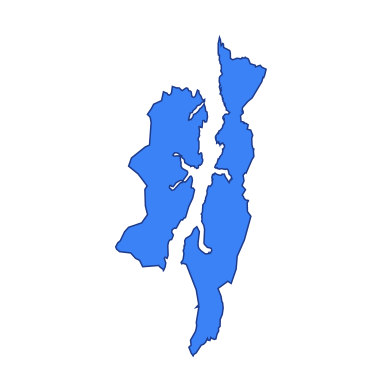 outline of Høyanger nor, Sogn og Fjordane, Norway, rotated 108°
{"feature_id": "86288312B43013877276358", "entity_name": "Høyanger nor", "entity_type": "district", "adm_level": 2, "iso_a3": "NOR", "parent_name": "Norway", "parent_adm1": "Sogn og Fjordane", "projection": "natural_earth1", "projection_center": [5.813, 61.125], "detail": "fine", "context": "isolated", "style": "filled", "palette": "blue", "viewbox_px": 384, "rotation_deg": 108, "n_neighbors": 0, "source": "geoboundaries", "source_scale": "gbopen_adm2", "svg_char_len": 6081}
<svg xmlns="http://www.w3.org/2000/svg" viewBox="0 0 384 384"><g transform="rotate(108 192 192)"><path d="M52.3,159.5L51.8,164.0L50.4,166.3L53.4,170.2L51.9,171.2L52.0,176.2L48.4,179.2L47.7,180.4L48.0,181.3L47.4,183.0L48.1,183.1L48.7,184.5L48.6,185.8L50.1,186.2L50.9,190.6L53.7,194.1L53.0,196.8L47.9,198.5L45.9,199.8L44.8,206.5L41.5,207.9L41.2,208.7L43.8,209.5L38.5,212.0L36.5,213.6L42.9,212.9L51.8,210.0L53.4,209.2L53.1,208.9L53.7,208.0L58.2,206.8L59.2,205.7L60.7,205.2L62.4,203.3L66.6,201.9L67.8,202.2L68.2,201.8L67.8,201.8L68.0,201.4L69.3,200.8L69.9,199.8L71.2,199.7L73.4,201.1L74.7,201.3L78.7,200.2L81.8,198.0L82.1,198.6L83.6,198.5L85.6,197.1L84.6,196.5L86.9,196.4L87.5,196.0L86.6,196.1L86.3,195.6L89.4,195.6L89.2,195.4L90.5,194.6L90.9,193.3L92.4,192.7L93.5,191.3L94.2,191.8L94.7,191.1L96.2,190.5L96.8,189.3L98.3,188.7L98.1,188.1L98.8,187.9L98.4,187.7L100.2,186.9L101.6,185.3L103.4,184.8L103.6,183.2L104.9,180.7L106.9,181.7L107.5,183.9L108.1,184.7L111.1,185.8L113.0,185.1L112.3,185.0L112.9,184.7L112.3,184.1L112.8,183.9L113.0,184.5L115.1,182.8L116.8,182.5L118.5,183.2L121.8,183.0L125.0,184.4L125.4,185.1L127.3,185.0L126.9,185.3L131.7,186.8L133.0,186.5L133.6,186.2L133.3,185.9L135.3,185.3L136.1,184.2L138.0,183.6L136.1,182.1L137.6,181.6L137.5,180.9L138.4,180.2L137.7,180.3L138.0,179.3L136.8,179.1L135.9,177.9L137.2,176.7L137.2,175.8L138.8,175.1L141.5,175.4L141.7,176.2L143.8,175.3L147.0,175.2L150.0,176.4L152.2,176.5L152.6,176.8L152.5,177.3L157.5,177.1L158.4,177.8L161.4,178.0L161.9,176.9L161.4,176.3L161.8,175.5L161.4,175.2L161.8,174.9L161.7,172.7L160.7,171.3L160.2,167.2L159.5,166.4L159.4,165.5L160.1,164.3L163.7,162.1L164.5,159.9L166.7,158.4L166.6,158.8L168.3,158.7L168.1,159.2L169.2,159.5L171.6,159.6L167.2,165.1L165.0,166.8L165.8,169.0L166.7,169.0L167.5,170.8L167.5,174.4L166.9,175.7L167.2,176.3L168.6,176.5L167.8,177.4L168.7,177.0L169.2,177.8L171.7,177.7L173.6,176.8L173.2,176.3L173.5,176.1L175.1,176.5L176.1,175.6L178.1,175.4L181.0,176.3L181.0,177.9L181.8,178.2L186.5,178.1L189.0,177.0L193.4,177.2L195.8,176.7L196.6,177.1L197.3,176.5L200.9,177.7L208.2,175.8L210.2,176.4L211.2,175.1L212.5,175.1L215.3,173.8L216.7,173.9L220.2,170.3L223.9,168.4L236.7,164.9L237.9,164.0L239.9,160.3L239.6,157.1L239.9,156.1L241.7,155.1L244.5,155.7L244.5,156.2L245.3,156.8L245.3,157.3L244.9,157.4L245.7,157.7L246.6,159.5L246.6,160.8L245.1,165.3L243.6,168.0L241.7,169.4L238.7,170.5L227.5,172.7L223.5,176.7L226.8,178.8L231.9,179.3L234.1,180.1L238.0,183.5L240.6,183.9L244.4,182.3L245.2,182.4L245.3,182.9L248.4,182.0L250.3,182.3L253.1,180.6L259.1,179.6L262.5,180.6L263.5,179.5L262.6,178.6L262.6,175.0L283.6,157.8L297.0,150.8L300.5,152.4L298.9,150.0L314.8,147.6L317.4,146.3L321.2,145.7L324.1,145.7L333.4,147.6L337.9,145.5L340.6,147.0L345.5,142.9L347.5,140.3L345.6,140.0L343.9,138.4L334.8,135.9L333.2,134.0L330.9,132.7L326.5,132.1L327.9,131.1L327.7,129.1L324.5,129.1L325.3,127.5L324.9,126.3L325.4,125.4L324.4,123.9L319.3,124.3L316.0,123.7L313.1,124.8L311.1,123.8L304.6,125.8L299.0,125.4L292.8,126.5L288.0,128.6L287.0,129.7L282.2,132.2L275.7,137.5L265.8,130.3L266.9,126.5L251.7,126.2L239.1,129.2L221.4,127.4L196.9,128.5L193.5,133.2L185.2,136.2L182.9,135.6L182.6,136.2L183.1,137.7L182.7,139.0L181.9,140.7L180.7,141.4L179.4,143.3L173.3,141.8L170.5,146.4L165.3,146.0L160.3,148.6L157.1,147.3L157.3,146.4L142.6,145.0L139.3,144.1L134.4,146.1L131.3,146.6L132.8,146.8L129.0,149.4L122.5,151.8L119.3,151.8L115.0,155.3L115.2,158.9L110.8,159.3L110.0,161.9L110.6,163.8L109.7,163.9L109.5,165.4L109.9,167.1L104.3,169.5L101.0,167.7L99.4,168.4L100.0,169.1L96.1,170.1L88.7,166.9L83.9,163.9L65.5,159.7L61.0,159.9L61.1,159.2L58.0,159.0L52.3,159.5ZM105.5,250.1L114.5,249.2L120.4,255.6L125.2,256.4L132.0,258.4L133.3,255.6L134.2,254.6L138.7,252.3L160.5,246.9L163.6,250.4L178.4,260.1L187.0,260.3L191.5,248.7L200.1,236.5L204.1,237.6L219.7,232.0L227.2,227.3L236.9,230.3L245.2,241.4L250.6,243.8L260.4,245.1L263.4,246.9L267.7,247.6L269.6,246.1L271.1,242.4L268.9,231.4L272.5,225.2L273.2,220.7L278.3,215.8L272.2,201.0L273.4,199.0L274.6,195.1L276.4,194.9L271.4,194.4L267.6,195.0L263.8,197.8L262.3,197.4L262.8,195.2L259.5,195.2L250.3,198.5L246.7,198.9L244.5,198.3L243.5,196.7L239.4,196.4L238.5,196.6L236.7,198.8L235.0,199.2L233.7,199.0L231.8,197.6L231.5,196.1L231.1,195.8L222.9,194.2L221.5,193.2L221.5,192.3L219.1,191.5L218.8,190.6L217.8,190.3L206.9,190.6L197.7,189.5L189.3,190.2L187.9,192.0L188.2,193.7L187.9,194.3L180.8,195.2L178.2,196.5L177.2,198.0L178.0,198.8L182.6,200.3L184.7,201.5L184.9,203.2L184.0,204.1L186.3,204.5L186.9,205.9L195.4,209.8L196.6,211.4L196.2,212.7L195.3,213.3L195.4,214.2L194.9,214.9L192.8,215.1L192.2,214.2L192.9,213.3L192.7,211.5L188.2,210.0L185.4,207.6L184.3,205.9L184.6,204.4L177.1,202.0L175.0,202.0L173.7,202.9L172.6,208.4L171.0,210.4L167.4,211.5L165.6,212.7L161.6,214.2L161.9,214.3L161.9,216.5L163.5,220.1L162.9,221.6L160.1,220.7L159.4,218.3L159.7,216.3L161.2,214.2L160.7,213.1L161.6,212.9L162.6,211.6L163.3,209.5L166.3,207.9L167.4,203.6L167.3,202.4L167.6,201.4L168.2,201.2L166.7,199.0L167.0,198.3L166.7,197.6L167.9,196.7L167.5,195.7L168.2,194.7L167.4,193.7L166.2,193.5L165.1,194.1L164.2,193.6L164.1,192.6L162.2,191.5L159.2,191.4L157.6,192.0L156.1,193.4L155.0,193.4L152.1,194.9L152.0,195.6L154.1,197.0L152.9,198.4L148.6,198.8L141.6,201.1L140.8,202.2L139.0,202.7L136.0,202.2L134.8,203.0L131.7,203.6L128.3,205.5L127.5,205.2L127.2,204.5L127.8,203.9L127.6,202.4L121.1,203.8L120.4,203.3L120.3,202.4L121.5,201.3L120.7,199.9L115.9,200.4L111.3,202.5L110.7,204.1L107.6,205.5L104.8,207.6L103.8,207.6L106.6,208.2L109.7,209.5L110.0,210.1L113.2,210.9L116.6,212.8L117.1,213.8L118.1,214.5L119.9,214.3L123.4,215.2L123.4,216.1L124.8,217.2L124.6,217.6L117.5,218.1L116.3,216.3L114.3,216.2L111.2,214.3L108.4,213.7L106.5,211.3L103.5,210.2L102.8,209.3L102.8,208.3L101.8,208.1L100.1,208.6L101.3,209.5L100.5,211.1L97.8,213.3L96.3,215.5L93.7,216.9L93.4,218.3L99.3,218.4L100.9,218.9L101.6,219.9L101.2,221.6L97.0,223.8L96.5,225.0L96.8,226.2L94.7,228.2L94.9,229.8L98.7,232.7L97.0,236.4L97.8,239.0L97.7,243.3L104.4,242.1L106.7,243.2L107.0,244.6L105.8,246.3L105.5,250.1Z" fill="#3b82f6" stroke="#1e3a8a" stroke-width="1.5"/></g></svg>